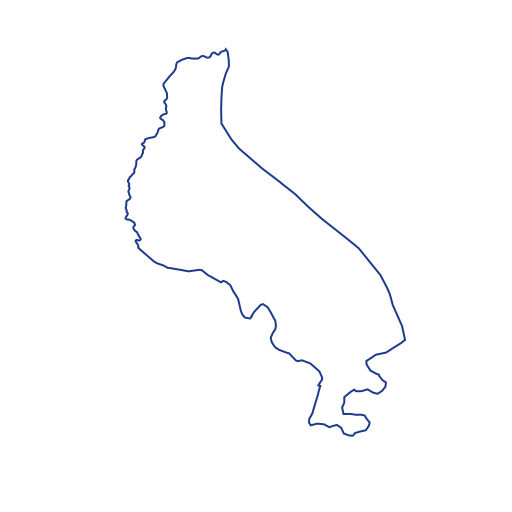 the district of Al Ja'fariyyah, Al Hudaydah, Yemen, rotated 148°
{"feature_id": "15242507B92628059498332", "entity_name": "Al Ja'fariyyah", "entity_type": "district", "adm_level": 2, "iso_a3": "YEM", "parent_name": "Yemen", "parent_adm1": "Al Hudaydah", "projection": "albers", "projection_center": [43.593, 14.518], "detail": "fine", "context": "isolated", "style": "outline", "palette": "blue", "viewbox_px": 512, "rotation_deg": 148, "n_neighbors": 0, "source": "geoboundaries", "source_scale": "gbopen_adm2", "svg_char_len": 6054}
<svg xmlns="http://www.w3.org/2000/svg" viewBox="0 0 512 512"><g transform="rotate(148 256 256)"><path d="M172.0,447.2L172.6,446.8L174.6,446.8L176.3,447.5L178.5,447.5L179.7,446.8L180.8,446.6L181.7,447.0L182.4,448.1L183.1,450.1L184.2,451.1L185.7,451.1L186.7,450.7L187.7,450.2L189.0,449.3L190.6,449.2L192.3,450.0L193.2,451.2L194.0,452.7L195.1,453.8L196.3,454.3L198.2,454.2L200.3,454.1L201.8,454.9L204.1,456.3L205.9,457.6L207.9,459.6L209.9,460.6L212.1,461.0L214.5,461.6L217.1,461.8L219.1,462.0L220.5,461.9L222.0,460.8L223.5,458.9L225.0,457.4L227.8,455.9L231.1,454.9L232.4,454.7L239.5,452.3L242.9,451.1L243.2,450.8L243.7,450.4L243.9,450.1L244.4,449.1L244.8,445.4L245.1,443.0L245.3,441.7L245.5,440.7L246.2,439.7L246.5,439.1L246.7,438.6L247.6,437.2L248.7,436.5L250.3,436.2L251.5,436.0L252.1,435.6L252.3,435.0L252.3,433.9L252.2,432.6L252.3,431.6L252.6,430.6L253.2,429.9L254.2,429.1L254.9,427.4L255.4,425.6L255.7,424.9L256.2,424.4L257.1,424.3L258.8,425.0L259.7,425.1L260.8,425.1L262.0,425.1L262.9,424.8L263.7,424.2L264.1,423.9L264.1,423.3L263.8,422.3L263.5,421.6L263.2,421.1L262.9,420.1L262.8,419.1L262.8,418.4L262.9,417.7L263.8,416.5L264.2,415.6L264.7,415.0L265.3,414.8L266.2,414.7L267.2,414.8L268.4,415.0L270.7,415.4L271.2,415.2L272.0,414.6L272.9,413.9L273.7,413.2L274.5,412.5L275.6,412.0L276.6,411.6L277.3,411.2L277.8,410.8L278.2,410.8L278.9,410.9L279.9,411.0L280.7,411.4L281.7,411.7L282.9,412.3L284.2,412.8L285.5,413.1L286.7,413.3L287.3,413.5L287.8,413.7L288.4,413.5L288.8,413.1L289.3,412.5L289.7,412.2L290.2,411.8L290.8,411.5L291.4,411.5L292.1,411.6L292.9,411.6L293.4,411.4L293.6,411.0L293.6,410.6L293.4,410.0L293.1,409.0L292.8,408.3L292.8,407.6L292.8,407.2L293.2,406.8L294.0,406.4L294.7,406.0L295.6,405.8L296.3,405.1L296.8,403.9L297.3,403.3L297.8,403.0L298.3,402.9L299.6,401.7L300.6,401.1L301.1,401.0L302.3,400.8L305.1,400.8L306.0,400.6L306.7,400.3L307.9,399.0L308.4,398.0L309.3,396.8L311.1,395.2L312.1,394.5L312.8,394.2L313.3,393.7L314.0,393.1L314.3,392.4L314.6,391.7L315.0,391.3L316.0,390.9L316.9,390.9L318.6,390.3L320.0,389.9L321.3,389.7L322.0,389.3L322.4,388.8L323.1,388.5L323.9,388.3L324.5,388.0L324.9,387.5L325.1,386.4L325.2,385.5L325.3,384.5L325.9,383.3L326.8,383.0L326.9,382.3L327.1,381.2L327.3,380.5L328.0,379.8L328.9,379.3L329.6,378.8L330.0,378.3L330.4,377.1L330.4,376.4L330.8,375.6L331.2,374.4L331.1,373.4L331.2,372.5L331.5,372.1L332.0,371.6L332.9,371.4L334.1,371.2L335.8,371.2L336.5,371.1L337.1,370.8L337.4,370.3L338.5,368.6L339.6,367.4L340.0,366.7L340.3,366.4L340.9,366.1L341.1,365.7L341.3,364.6L341.4,363.6L341.7,362.8L342.2,362.4L342.3,361.8L342.3,361.3L342.1,360.9L342.0,360.5L342.3,359.9L342.8,359.3L344.1,358.6L345.2,358.1L346.1,357.7L346.7,357.1L346.8,356.7L346.6,356.2L346.3,355.7L345.9,355.1L344.8,354.5L344.1,353.7L343.5,352.7L342.9,352.0L342.6,351.1L342.3,350.4L342.0,349.8L341.7,349.2L341.7,348.7L341.6,348.2L341.8,347.6L342.1,346.7L342.2,346.3L342.6,346.1L343.2,346.1L343.8,345.9L344.4,345.7L344.8,345.5L345.0,345.1L345.2,344.5L345.4,343.3L345.3,342.4L345.2,341.5L345.1,340.9L344.7,340.3L344.4,339.9L344.3,339.1L344.4,338.5L344.5,337.7L344.6,336.9L344.6,336.3L344.7,335.0L344.7,333.5L344.7,332.8L344.7,332.2L344.8,331.4L345.1,331.1L345.6,330.9L346.6,331.0L347.1,331.2L347.6,331.4L347.9,332.0L348.2,332.5L348.6,332.9L349.2,332.9L349.6,332.9L350.0,332.7L350.2,332.3L350.3,331.3L350.3,330.3L350.3,329.4L350.2,328.7L350.2,327.9L350.4,327.3L350.5,326.7L350.7,326.2L351.4,325.8L351.4,325.1L351.3,324.4L345.4,305.3L343.6,302.0L339.4,296.9L337.3,292.9L333.9,290.1L332.9,289.2L327.3,284.2L321.3,278.7L311.3,274.3L309.5,272.7L309.4,272.5L307.6,267.2L307.0,265.5L300.9,254.5L299.7,252.2L297.0,252.3L295.2,250.0L294.8,249.1L294.0,246.9L293.3,245.0L293.3,244.8L293.5,242.7L293.7,240.8L294.0,238.0L294.0,237.6L293.9,236.8L293.9,230.0L293.9,229.2L294.6,227.1L296.4,222.0L297.6,218.4L298.0,217.4L298.6,213.5L298.1,209.8L296.7,208.5L294.1,206.1L291.8,206.8L291.7,207.4L287.1,209.6L284.5,210.3L277.7,212.1L276.8,211.8L275.6,211.5L274.7,209.5L273.3,206.4L273.3,202.4L273.3,201.7L273.3,201.1L273.6,197.0L273.7,195.8L273.9,192.5L273.9,191.2L274.0,190.9L276.0,186.3L278.1,184.1L278.7,183.5L282.4,181.9L285.3,179.9L286.9,178.8L287.9,175.8L288.3,174.4L288.3,171.0L288.1,169.1L288.0,168.2L287.3,166.7L286.1,164.1L285.4,163.2L281.3,157.8L279.5,155.9L279.1,153.9L278.4,150.5L277.4,145.9L276.4,144.8L272.2,143.1L268.9,138.7L266.8,136.0L263.4,124.6L264.3,117.9L265.5,116.1L270.6,113.9L271.3,113.5L271.7,113.2L270.3,111.8L274.8,107.8L276.2,106.3L290.3,93.9L291.0,93.1L293.2,91.8L293.5,91.6L293.7,91.4L293.8,91.4L297.0,89.8L299.3,86.7L299.3,83.4L295.5,82.2L292.8,81.3L289.8,79.0L287.4,77.1L286.1,74.7L284.4,71.8L282.2,71.5L276.9,69.9L274.8,65.2L275.1,63.0L275.6,59.0L273.9,56.7L272.2,54.5L271.0,53.6L268.8,52.2L265.9,53.4L261.4,52.2L255.2,50.0L254.5,50.3L252.3,51.3L250.1,52.3L247.8,54.6L248.4,58.6L248.4,63.2L251.3,66.0L253.8,67.4L255.3,68.3L255.7,68.7L257.7,70.4L257.9,70.6L259.8,72.2L265.5,75.6L264.7,77.9L264.5,78.5L263.3,81.8L258.9,84.8L256.9,87.9L256.0,89.4L254.0,89.8L253.6,89.8L252.6,90.0L251.3,90.2L250.9,90.2L247.5,90.6L246.4,90.6L243.5,90.6L242.9,88.4L239.8,86.4L238.5,85.7L238.3,85.5L232.1,83.8L230.9,81.6L229.2,78.2L227.8,76.7L225.8,74.7L220.9,74.8L220.6,74.8L215.6,76.5L212.9,79.8L212.8,80.0L214.4,83.3L215.1,88.8L214.7,90.5L215.7,91.4L215.7,91.5L216.8,93.1L219.7,98.2L219.7,102.2L219.7,103.5L219.7,105.6L218.0,108.5L217.4,108.5L214.8,108.5L213.5,108.5L210.0,108.6L208.2,108.8L206.1,108.6L205.8,108.5L205.6,108.4L197.0,105.2L192.6,105.2L189.4,105.3L188.5,105.3L179.4,105.3L174.7,105.8L174.1,105.8L171.0,114.3L169.4,118.7L169.3,119.1L169.1,120.3L167.4,132.1L166.0,142.0L163.7,149.5L163.6,149.9L162.9,152.2L162.7,152.9L161.7,159.4L160.6,173.9L161.7,182.8L163.8,200.1L164.8,208.1L166.5,213.3L169.0,220.6L171.5,227.7L180.3,252.1L185.2,268.6L186.3,272.8L187.2,276.6L187.5,277.5L189.9,287.5L195.2,302.1L196.7,306.6L204.5,327.2L213.5,356.3L213.9,359.5L215.1,368.1L215.1,386.7L207.7,399.1L200.7,409.6L195.0,417.4L191.4,421.0L185.2,426.5L178.5,431.1L175.5,436.2L172.0,443.9L172.0,445.7L172.0,447.2Z" fill="none" stroke="#1e3a8a" stroke-width="2"/></g></svg>